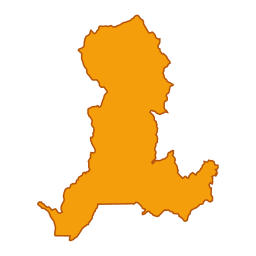 Itapeva, São Paulo, Brazil (Equal Earth projection)
{"feature_id": "56859067B49589279755893", "entity_name": "Itapeva", "entity_type": "district", "adm_level": 2, "iso_a3": "BRA", "parent_name": "Brazil", "parent_adm1": "São Paulo", "projection": "equal_earth", "projection_center": [-48.855, -23.896], "detail": "fine", "context": "isolated", "style": "filled", "palette": "amber", "viewbox_px": 256, "rotation_deg": 0, "n_neighbors": 0, "source": "geoboundaries", "source_scale": "gbopen_adm2", "svg_char_len": 5806}
<svg xmlns="http://www.w3.org/2000/svg" viewBox="0 0 256 256"><path d="M153.7,33.3L152.3,32.1L151.4,32.3L150.7,32.9L149.8,33.0L148.8,32.5L147.8,31.5L147.4,30.5L143.5,23.8L143.4,21.5L142.6,19.9L141.6,19.6L140.2,18.3L139.0,16.5L138.0,15.5L136.7,15.4L135.6,15.8L134.5,16.6L133.2,18.3L132.1,18.8L130.1,20.6L127.2,21.5L125.7,22.3L123.5,22.5L119.7,25.0L118.6,25.5L117.7,25.5L115.9,26.7L114.9,26.7L113.9,27.1L112.9,26.8L110.9,25.5L108.2,26.6L106.9,26.0L102.7,26.4L100.9,26.1L99.4,26.4L98.8,27.4L98.7,29.3L97.0,30.7L96.2,32.5L94.9,33.4L93.9,33.4L91.0,30.2L90.4,31.1L89.9,33.8L87.8,35.6L86.4,36.1L85.2,38.1L84.3,42.1L84.3,43.9L84.0,46.3L83.4,47.0L81.6,48.2L79.0,49.1L78.3,50.1L80.2,52.2L81.6,53.2L81.7,54.8L81.6,57.3L81.8,59.3L83.1,62.7L83.5,64.5L84.6,66.9L86.6,69.1L86.7,71.2L87.0,72.8L87.6,73.9L89.6,76.1L90.4,77.3L91.1,78.0L91.6,79.0L92.6,79.9L94.8,80.0L96.4,79.8L97.5,80.6L99.2,83.2L99.5,85.5L100.4,86.5L101.5,87.3L104.1,87.0L107.3,91.8L106.7,92.9L105.5,93.9L104.3,95.6L103.7,98.2L101.7,103.4L101.4,105.0L99.9,107.2L99.0,107.1L98.3,106.0L97.3,105.6L96.4,106.6L94.1,106.5L91.7,107.0L89.6,108.4L88.5,108.5L87.9,110.0L88.1,111.6L87.9,113.2L89.2,116.4L90.2,117.0L92.2,120.5L91.9,122.7L91.4,124.2L92.4,126.3L93.7,127.6L94.0,129.4L93.7,132.4L92.8,133.3L93.4,134.8L92.3,137.6L90.9,137.3L90.5,138.2L90.8,139.3L90.7,140.6L91.4,141.7L91.6,143.1L94.7,148.7L95.3,150.4L94.9,152.2L93.4,153.1L92.4,152.6L90.9,152.6L90.9,154.0L90.3,155.0L90.7,156.2L90.4,157.9L88.7,160.4L88.3,161.5L89.0,162.8L88.8,164.0L88.8,167.4L90.0,169.7L88.9,170.3L88.7,171.4L86.3,172.0L85.8,173.4L84.6,172.4L83.4,172.7L82.7,173.3L82.5,174.7L81.8,175.4L78.7,177.3L78.2,178.5L78.1,179.7L77.2,179.9L76.5,180.6L76.1,182.8L74.5,183.9L73.3,183.5L71.3,184.4L70.5,185.4L70.4,186.7L69.7,187.7L68.7,188.1L67.6,187.9L66.3,188.6L65.2,189.7L64.2,192.6L63.6,195.3L63.5,197.0L64.2,199.0L63.8,201.6L62.6,203.1L61.2,206.5L61.1,208.4L61.4,210.4L62.3,212.0L60.3,213.1L59.3,213.2L58.5,212.8L57.1,211.2L56.6,210.2L55.6,208.9L54.2,209.2L52.7,209.9L51.4,209.9L50.9,208.9L49.0,207.0L48.1,206.9L46.9,207.2L44.9,205.6L44.2,204.4L43.3,203.9L42.1,203.5L41.6,202.1L39.2,202.0L37.9,203.3L38.0,204.6L41.2,207.1L41.6,208.0L44.4,208.6L47.7,210.9L49.3,213.0L49.5,214.1L50.0,214.9L50.5,216.5L52.8,219.9L53.5,220.5L54.0,221.6L55.1,225.6L55.5,227.8L54.7,234.2L55.2,235.7L70.1,235.9L69.6,238.7L69.5,240.1L70.3,240.6L73.6,239.4L74.4,238.2L76.4,237.3L77.9,235.4L81.2,230.5L81.7,229.3L83.0,227.9L83.8,227.1L86.2,225.5L87.2,224.6L88.4,224.5L88.8,222.5L89.8,221.8L90.3,220.7L91.6,219.3L92.1,218.3L92.4,215.8L93.4,214.7L93.7,213.1L94.2,212.0L95.2,211.2L95.7,209.2L96.8,208.3L97.4,206.9L97.8,205.2L97.7,204.2L129.0,203.8L132.6,203.6L133.7,204.2L136.1,202.2L137.2,202.5L139.3,203.9L141.9,206.8L142.2,208.0L143.1,208.7L145.1,209.0L145.2,210.2L144.5,211.3L143.8,212.0L142.4,212.5L142.5,214.5L143.9,214.3L145.2,213.5L146.2,212.4L148.4,211.2L149.5,211.7L150.2,212.8L152.1,213.8L153.2,215.2L156.8,216.4L157.8,216.3L158.8,215.9L163.0,211.4L164.1,210.6L164.8,209.8L165.7,210.4L168.4,210.0L170.5,211.6L171.7,211.6L172.5,211.8L173.1,213.1L173.8,213.6L177.8,213.7L179.0,215.2L179.1,216.4L180.0,216.7L181.3,217.8L182.3,218.3L184.2,220.9L185.5,221.2L187.2,220.2L188.2,216.0L189.0,214.7L190.2,213.7L190.1,212.6L191.1,210.4L194.9,208.1L195.8,208.0L196.7,207.5L197.7,206.5L198.8,205.8L199.4,204.7L200.5,204.3L201.8,204.2L202.9,203.7L203.5,202.3L204.5,200.6L205.3,200.1L207.1,200.0L208.6,201.3L210.6,201.9L211.3,201.1L212.4,200.7L212.6,197.7L212.2,196.3L211.1,195.2L211.1,191.3L211.3,188.0L210.0,187.8L209.0,184.9L209.5,183.8L210.5,182.7L211.4,183.8L212.3,183.9L212.7,181.9L212.4,180.4L212.7,178.1L211.8,176.6L214.1,175.5L214.9,175.4L215.8,175.9L216.4,175.0L217.1,173.5L216.0,173.8L216.9,171.0L216.1,170.5L215.5,169.5L216.7,169.4L218.0,167.9L218.1,166.4L217.7,165.1L215.9,165.2L215.2,164.9L214.4,163.5L213.9,161.6L212.9,161.3L212.3,160.6L210.2,160.9L209.0,160.1L208.4,160.7L207.7,162.0L206.5,162.2L204.2,161.4L204.3,163.3L203.8,164.3L202.6,165.2L202.2,166.1L202.0,167.7L201.0,168.4L200.2,170.1L198.9,171.5L197.4,172.2L196.0,175.0L195.2,174.6L194.6,173.8L193.5,173.4L192.7,172.6L190.5,174.0L188.9,176.4L188.5,178.1L186.7,177.6L185.9,176.4L184.7,176.5L183.6,177.7L182.6,178.3L181.8,177.3L179.2,174.9L178.6,173.9L177.9,173.3L177.4,172.0L178.3,170.7L177.4,168.8L177.2,167.1L176.7,165.5L174.7,162.7L174.6,161.2L175.3,160.2L175.0,158.7L174.3,157.4L172.5,155.4L173.5,153.3L173.2,152.2L173.5,150.8L172.6,150.5L171.8,151.2L170.8,151.3L170.1,152.5L169.1,152.3L168.3,153.0L167.6,154.9L167.7,156.1L166.8,157.1L165.0,158.7L164.1,159.1L162.8,159.1L161.6,160.0L159.2,160.8L157.8,160.5L156.9,160.7L155.6,160.4L152.8,163.6L151.9,162.9L152.2,161.8L155.9,157.9L155.1,155.7L155.8,153.4L155.9,151.9L154.7,149.7L154.9,148.2L155.8,145.8L155.8,144.1L156.1,143.1L157.3,142.2L157.5,138.9L157.3,137.3L156.8,135.7L155.8,134.7L156.5,133.5L157.2,131.6L157.2,129.9L157.6,128.3L156.5,126.3L157.0,124.6L156.2,122.9L156.2,121.6L154.4,120.3L154.1,117.1L153.3,115.5L150.0,112.2L150.9,110.5L152.0,110.4L153.0,111.1L154.6,111.2L156.5,112.9L157.9,113.7L159.6,114.3L160.5,114.2L162.4,113.2L163.5,113.0L164.4,112.0L165.5,112.0L167.5,112.4L166.3,110.4L165.0,109.7L164.5,108.8L164.1,107.5L164.1,103.1L164.5,102.1L165.3,101.1L166.5,100.8L167.3,99.7L167.3,98.4L167.0,97.1L166.3,96.3L166.5,94.8L167.2,93.6L168.5,93.1L168.9,92.0L169.5,89.6L170.1,86.5L171.1,85.8L172.5,85.7L173.2,84.8L170.1,82.8L168.1,82.0L167.1,81.0L166.4,79.6L165.4,78.9L164.3,77.5L164.0,75.9L163.0,72.5L163.7,71.3L164.1,68.1L165.1,67.7L166.2,66.8L167.2,66.6L168.4,64.1L170.1,63.1L169.9,61.7L168.4,60.0L167.0,57.7L166.6,56.6L164.1,54.2L163.4,53.6L162.6,54.0L161.6,53.2L160.7,52.1L160.0,50.9L159.9,49.0L158.6,48.4L157.9,46.7L158.3,45.1L159.2,43.9L159.8,42.3L159.8,38.8L158.6,39.1L156.2,38.0L155.7,37.2L155.5,36.1L154.9,34.9L153.7,33.3Z" fill="#f59e0b" stroke="#b45309" stroke-width="1.5"/></svg>